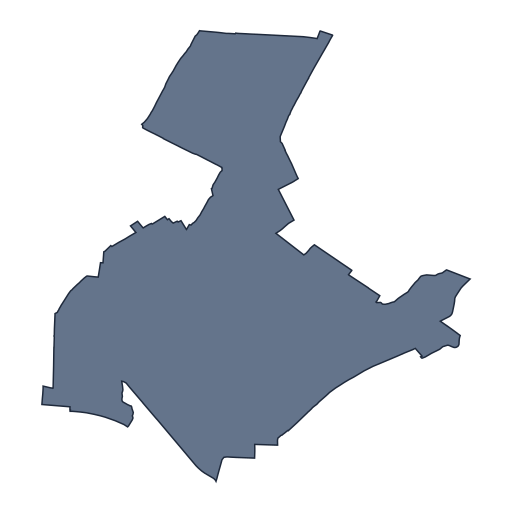 the district of Castelu, Constanta, Romania
{"feature_id": "2599482B70858783646654", "entity_name": "Castelu", "entity_type": "district", "adm_level": 2, "iso_a3": "ROU", "parent_name": "Romania", "parent_adm1": "Constanta", "projection": "natural_earth1", "projection_center": [28.385, 44.29], "detail": "fine", "context": "isolated", "style": "filled", "palette": "slate", "viewbox_px": 512, "rotation_deg": 0, "n_neighbors": 0, "source": "geoboundaries", "source_scale": "gbopen_adm2", "svg_char_len": 5788}
<svg xmlns="http://www.w3.org/2000/svg" viewBox="0 0 512 512"><path d="M55.0,313.6L55.0,315.0L54.4,329.0L54.3,335.1L54.0,335.7L54.0,336.3L54.3,336.8L54.0,347.5L53.9,347.5L53.6,366.4L53.1,387.9L53.0,388.2L52.8,388.3L52.6,388.1L52.3,388.0L51.6,388.0L50.7,387.9L43.1,386.1L43.1,387.0L43.1,388.6L42.8,393.7L42.4,397.9L42.0,403.1L41.9,404.5L57.8,405.8L70.0,406.8L69.9,409.9L70.3,410.0L70.1,410.4L70.1,411.3L72.0,411.3L73.4,411.4L76.0,411.6L80.3,412.0L83.5,412.4L86.6,412.8L94.1,414.3L100.4,415.8L105.3,417.2L115.2,420.7L123.9,424.5L127.6,426.9L128.5,426.0L132.2,420.0L132.9,418.3L132.8,417.7L132.9,417.3L132.3,415.9L132.9,414.5L133.3,412.5L132.1,409.0L131.8,408.0L131.8,407.2L131.2,406.0L130.2,405.8L129.7,405.7L128.8,405.1L127.7,404.7L125.5,403.4L123.1,402.1L122.2,401.1L121.9,399.7L122.0,398.2L122.2,397.3L122.4,396.5L122.0,393.4L122.1,392.6L122.7,391.0L122.9,389.7L122.5,386.1L121.8,381.8L121.7,381.2L123.5,381.6L124.5,382.1L125.9,382.9L126.3,383.2L129.9,387.6L142.8,402.7L142.8,402.8L156.7,419.1L156.8,419.1L196.0,465.7L198.4,468.1L201.7,471.0L204.8,473.2L213.3,478.2L214.1,478.8L214.9,479.6L215.6,480.5L216.0,481.3L216.9,478.4L217.6,475.6L219.1,470.1L221.3,462.3L222.0,459.7L223.9,457.3L227.0,456.9L230.3,457.1L235.9,457.4L254.6,458.1L254.8,451.3L254.8,448.1L254.7,445.4L254.7,444.4L276.5,445.1L277.6,445.1L277.5,441.5L277.5,440.0L277.9,438.1L279.9,436.4L280.8,435.5L282.2,435.0L282.7,434.5L285.3,432.5L286.6,431.4L287.5,430.8L288.0,430.4L288.3,430.7L296.9,422.8L303.0,416.9L307.3,412.8L307.8,412.2L308.8,411.4L311.6,408.7L312.4,407.7L314.5,406.0L316.7,404.4L317.1,404.0L318.9,402.0L326.2,395.6L329.6,392.4L335.7,387.9L339.7,385.4L344.3,382.4L349.0,379.6L353.7,377.1L364.2,370.8L373.2,366.2L373.3,366.2L396.9,356.3L404.6,352.9L413.4,349.3L413.8,349.1L415.3,348.4L422.0,356.1L420.6,356.8L421.4,357.8L421.8,358.1L422.3,358.1L425.2,357.0L431.5,353.3L439.8,349.2L442.7,346.7L447.5,345.2L448.5,345.3L449.7,345.7L451.7,346.6L453.8,347.4L454.5,347.5L455.1,347.5L456.2,347.3L457.0,346.9L458.1,346.1L458.5,345.4L458.9,344.6L459.0,343.8L459.2,340.0L459.5,337.8L460.2,335.5L453.1,330.2L447.1,325.9L447.1,326.0L440.3,321.2L442.1,320.2L446.8,317.8L449.7,316.3L451.1,315.0L451.8,314.0L452.2,313.0L452.6,311.6L453.4,307.8L454.2,303.8L454.6,301.2L454.8,298.4L455.4,296.8L457.6,293.3L459.7,290.1L461.0,288.1L462.9,286.0L470.1,279.0L446.6,269.9L446.0,270.2L444.8,271.1L443.8,271.8L442.5,272.8L441.3,273.2L439.6,273.5L438.0,274.0L436.8,274.7L435.7,275.4L434.2,275.5L432.8,275.4L426.7,274.9L423.8,275.4L422.0,275.8L420.7,276.4L419.0,278.5L418.1,279.8L415.1,282.6L413.9,284.1L411.4,287.1L409.2,290.0L408.5,291.3L407.6,292.2L404.0,294.4L401.4,296.2L401.3,296.3L399.6,297.4L398.0,298.6L395.4,300.9L394.3,301.8L392.4,302.2L390.3,302.9L388.9,303.5L387.0,303.9L385.2,304.3L383.4,304.2L382.5,304.1L381.9,303.6L381.3,302.9L380.5,302.4L377.7,302.6L376.6,302.6L376.0,302.0L376.8,301.1L379.8,295.7L368.4,288.1L368.4,287.9L348.8,275.0L348.5,274.7L351.8,270.5L351.8,270.3L314.4,244.8L314.1,245.0L311.8,246.9L310.1,248.5L308.7,250.4L306.1,253.3L303.8,254.9L275.9,233.3L280.1,230.6L282.4,228.8L284.8,226.6L288.5,223.4L294.0,220.1L278.3,189.4L278.8,189.2L279.4,188.8L292.2,182.3L293.8,181.4L295.1,180.5L296.3,179.8L298.2,178.6L298.0,178.1L297.4,177.1L296.1,174.2L291.7,164.0L289.8,160.2L287.6,155.6L286.4,153.4L285.0,150.4L285.2,150.2L282.1,143.4L280.4,141.7L280.4,140.8L280.2,137.6L280.2,136.5L284.5,126.2L285.3,124.0L286.0,122.2L287.4,119.1L288.3,116.6L288.9,115.3L289.8,114.5L289.9,113.9L291.1,110.7L291.7,109.7L293.3,106.4L293.9,105.5L296.4,100.6L298.0,97.9L299.3,95.6L299.7,94.6L300.5,93.4L300.9,92.9L301.0,92.5L301.8,90.6L305.8,83.2L307.7,79.7L308.7,78.1L308.6,77.9L309.0,77.1L313.1,69.6L314.9,66.4L317.6,61.7L322.3,53.5L324.7,49.4L329.0,41.9L329.3,41.2L330.6,38.8L332.6,35.4L332.5,35.1L332.3,35.0L320.3,31.0L320.0,31.1L318.1,36.1L317.1,38.6L316.8,38.5L310.0,37.5L303.2,36.7L258.4,34.4L251.4,34.1L246.1,33.8L242.2,33.6L237.9,33.4L235.7,33.1L235.5,33.5L235.2,33.8L228.6,33.4L227.1,33.4L226.2,33.4L220.7,32.7L217.9,32.4L215.8,32.2L199.8,30.8L199.5,30.7L198.2,32.8L196.8,34.8L195.2,36.1L191.0,44.4L190.5,45.8L190.2,46.3L188.1,48.8L186.3,51.7L185.6,52.5L184.6,53.6L183.2,55.5L180.8,58.3L179.2,60.7L178.0,62.5L176.6,64.8L176.3,65.2L172.8,71.7L172.6,71.8L172.3,72.3L171.9,73.0L169.5,76.5L167.9,79.8L165.9,83.7L164.7,87.2L163.5,89.4L162.5,91.1L160.4,95.1L157.3,100.9L156.4,102.6L154.7,106.2L152.4,110.6L151.1,112.5L150.2,114.3L149.2,115.8L147.4,118.6L144.3,122.2L141.7,124.3L142.6,125.3L142.9,125.9L142.6,127.1L142.7,127.7L143.2,128.1L147.1,130.2L151.3,132.3L158.6,135.9L163.2,138.3L163.3,138.6L181.8,147.9L192.4,153.1L195.4,154.2L196.3,154.3L197.2,154.7L216.2,164.5L216.6,164.6L221.0,167.0L221.8,167.4L221.6,167.8L222.1,168.5L222.0,170.7L221.5,171.0L220.2,172.3L218.7,174.9L217.2,178.0L214.8,182.3L213.2,184.6L213.0,185.1L212.6,186.4L212.2,188.1L211.4,188.6L213.0,195.6L212.3,196.1L210.5,197.2L208.5,199.5L206.9,202.6L204.7,206.5L203.7,208.5L201.7,211.8L200.1,214.9L197.8,217.8L196.1,220.5L194.1,222.5L192.5,223.4L191.3,224.9L190.8,225.0L189.3,224.6L186.5,229.5L186.3,229.3L181.0,220.7L178.1,222.0L177.2,221.2L173.2,223.1L171.4,221.6L169.0,218.7L167.4,219.7L164.8,216.4L152.4,224.0L151.9,223.9L151.5,223.7L151.4,223.5L149.3,224.3L148.0,225.0L145.6,226.4L143.2,227.9L142.8,227.6L137.6,221.3L130.5,225.9L135.9,232.5L135.7,232.6L130.0,235.9L125.0,239.0L118.7,242.4L111.9,246.5L110.8,245.6L105.0,251.2L103.8,251.8L103.0,262.8L100.5,262.7L99.4,269.9L98.2,277.1L94.7,276.8L89.1,276.2L87.2,276.0L86.9,276.1L86.6,276.2L85.8,276.8L85.4,277.2L84.6,277.7L80.9,281.1L79.4,282.7L77.4,284.4L73.0,288.6L72.0,289.8L70.9,290.6L70.3,291.3L68.6,293.6L63.8,301.2L63.0,302.4L62.7,303.0L61.5,304.7L60.4,306.7L59.1,308.9L59.0,309.4L57.7,311.5L57.4,312.3L57.1,312.5L55.9,313.1L55.0,313.6Z" fill="#64748b" stroke="#1e293b" stroke-width="1.5"/></svg>